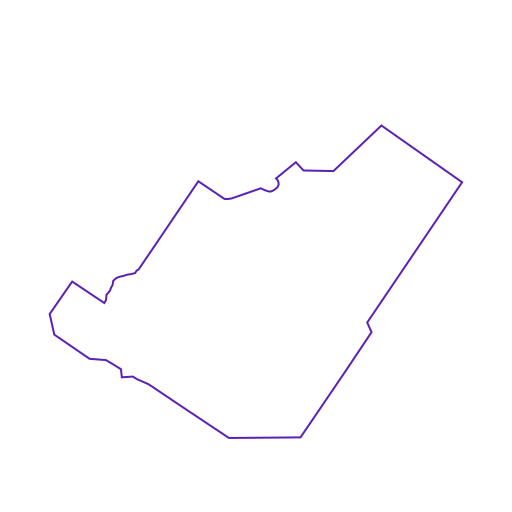 Yangoru Saussia District, East Sepik, Papua New Guinea, rotated 304°
{"feature_id": "67681753B58209203990587", "entity_name": "Yangoru Saussia District", "entity_type": "district", "adm_level": 2, "iso_a3": "PNG", "parent_name": "Papua New Guinea", "parent_adm1": "East Sepik", "projection": "robinson", "projection_center": [143.419, -3.768], "detail": "fine", "context": "isolated", "style": "outline", "palette": "violet", "viewbox_px": 512, "rotation_deg": 304, "n_neighbors": 0, "source": "geoboundaries", "source_scale": "gbopen_adm2", "svg_char_len": 910}
<svg xmlns="http://www.w3.org/2000/svg" viewBox="0 0 512 512"><g transform="rotate(304 256 256)"><path d="M432.4,385.6L432.4,385.4L434.3,287.0L369.7,272.7L353.5,247.6L356.0,236.6L331.5,229.2L331.0,231.4L329.8,233.3L327.8,234.9L325.0,235.3L321.9,234.5L319.3,233.3L317.4,231.9L316.4,229.8L315.8,227.7L315.4,225.9L314.8,222.1L290.0,203.5L287.4,200.7L285.7,198.0L285.7,166.4L205.2,166.3L185.5,166.2L179.2,166.2L177.1,165.2L174.2,165.3L171.4,162.8L168.9,160.1L164.8,156.7L162.7,154.7L159.8,152.6L155.7,151.5L151.8,153.3L148.8,153.5L145.9,154.3L142.8,154.1L140.3,153.7L137.7,155.1L136.0,156.1L135.5,156.3L132.2,156.5L132.0,117.9L92.5,117.4L78.0,132.8L77.7,175.5L85.8,189.8L86.3,198.7L86.6,207.4L80.4,212.6L87.1,221.2L87.4,226.6L89.6,238.7L89.7,286.7L90.0,335.3L104.6,356.6L130.5,394.3L147.2,394.4L174.6,394.5L212.2,394.6L257.5,394.4L263.0,385.4L432.4,385.6Z" fill="none" stroke="#5b21b6" stroke-width="2"/></g></svg>